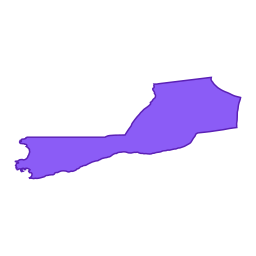 Sveitarfélagið Skagaströnd, Norðurland vestra, Iceland (Robinson projection)
{"feature_id": "244011B17586381133924", "entity_name": "Sveitarfélagið Skagaströnd", "entity_type": "district", "adm_level": 2, "iso_a3": "ISL", "parent_name": "Iceland", "parent_adm1": "Norðurland vestra", "projection": "robinson", "projection_center": [-20.221, 65.865], "detail": "fine", "context": "isolated", "style": "filled", "palette": "violet", "viewbox_px": 256, "rotation_deg": 0, "n_neighbors": 0, "source": "geoboundaries", "source_scale": "gbopen_adm2", "svg_char_len": 5576}
<svg xmlns="http://www.w3.org/2000/svg" viewBox="0 0 256 256"><path d="M211.3,77.4L210.1,77.5L202.0,78.5L183.8,80.7L159.0,83.7L156.6,84.1L155.8,84.1L154.0,84.1L154.1,84.3L154.1,84.9L154.0,85.2L153.8,86.0L154.2,86.6L154.2,86.9L154.2,87.1L154.1,87.4L153.9,87.7L152.9,88.4L152.9,88.6L152.8,89.0L152.8,89.4L152.9,89.7L153.0,90.0L154.1,91.6L154.5,92.3L154.5,92.9L154.4,93.4L154.5,93.6L155.3,94.6L155.4,95.0L155.5,95.7L155.4,96.4L155.4,96.9L155.2,97.5L154.9,97.9L153.9,98.7L153.2,99.4L152.7,100.0L152.6,100.3L152.4,100.7L152.1,101.0L151.0,102.1L150.5,102.3L150.4,102.5L150.3,102.9L150.6,103.4L150.6,103.9L150.5,104.1L149.6,105.1L147.8,106.6L143.9,109.4L142.2,111.2L140.7,112.6L139.5,114.2L137.2,116.7L134.8,119.7L132.5,122.9L131.8,124.1L131.4,125.4L131.0,126.1L130.0,127.5L128.8,129.1L127.2,131.5L125.0,135.0L114.4,135.2L111.6,135.4L110.0,135.5L108.1,135.8L106.6,136.4L105.9,136.7L105.1,137.2L27.1,137.2L27.0,137.3L26.7,137.5L26.3,137.6L25.9,137.8L25.9,138.2L25.6,138.5L25.2,138.6L24.5,138.9L24.2,139.0L23.7,139.0L23.1,139.2L22.7,139.1L21.9,139.2L21.7,139.4L21.6,139.7L21.0,140.1L20.3,140.4L20.5,140.6L21.3,141.0L21.3,141.3L20.9,141.6L20.4,141.7L19.7,141.7L19.6,141.8L19.7,142.7L20.4,143.3L20.7,143.5L22.1,143.6L22.6,143.7L24.3,143.8L24.5,144.1L24.8,144.2L25.2,144.2L26.3,144.5L26.6,144.8L26.8,145.1L26.9,145.6L26.7,146.0L26.2,146.5L27.4,147.2L27.8,147.4L28.2,147.8L28.2,148.1L28.5,148.5L29.0,148.8L29.3,149.1L29.3,149.4L29.3,149.6L29.5,149.8L29.5,150.2L29.4,150.7L29.7,151.5L29.6,152.0L29.5,152.3L29.6,152.6L29.2,153.4L28.6,155.2L28.4,155.4L28.1,155.9L27.8,156.6L27.6,157.3L26.9,158.2L26.0,159.0L24.9,159.6L24.1,159.8L23.5,159.9L22.1,159.5L20.0,159.7L19.4,159.9L19.2,160.1L19.0,160.3L18.7,160.5L18.4,160.5L18.1,160.8L17.5,161.1L17.2,161.3L16.9,161.2L16.6,161.1L16.0,161.2L15.6,161.2L15.4,161.3L15.4,161.6L15.7,161.7L16.8,162.0L17.9,162.3L18.1,162.4L18.4,162.6L18.4,163.0L16.6,163.5L16.4,163.8L16.2,164.5L16.1,164.8L16.1,165.1L15.6,165.4L15.7,165.6L16.0,165.8L16.0,166.0L16.2,166.5L16.0,167.1L16.7,167.4L16.6,167.6L16.3,167.7L16.2,168.0L16.6,168.3L16.6,168.5L16.5,168.8L16.8,169.0L17.0,169.2L17.2,169.4L17.3,169.7L17.6,169.6L18.0,169.6L18.2,169.4L18.3,169.2L19.8,168.8L20.1,168.8L20.7,169.0L20.7,169.9L21.0,170.3L20.9,170.4L20.8,170.5L21.1,171.1L21.8,172.1L21.5,171.0L22.4,171.4L22.8,171.4L23.0,171.3L21.6,170.7L22.6,170.7L21.6,170.4L21.5,169.9L22.1,169.9L22.0,169.2L21.9,169.2L21.9,168.6L22.7,168.6L23.0,168.5L23.0,168.3L23.3,168.3L24.1,168.5L24.4,168.6L24.0,170.1L24.4,169.6L25.6,169.6L25.6,169.4L25.4,169.4L25.6,168.7L25.6,168.4L25.8,168.3L27.0,168.3L27.4,168.4L28.4,168.7L29.6,169.4L30.0,169.8L29.8,170.0L29.3,170.0L29.3,170.4L29.3,170.6L29.0,170.9L28.6,171.1L28.7,171.3L28.8,171.5L29.3,172.0L29.5,172.6L30.2,172.7L30.5,172.7L30.8,172.6L31.3,172.8L31.9,173.5L32.0,174.0L31.9,175.2L31.5,176.3L30.8,177.0L30.3,177.6L29.9,177.6L29.4,177.8L29.7,178.3L30.4,178.2L31.5,178.2L33.2,178.5L33.7,178.6L34.1,178.5L35.1,178.3L35.9,178.3L36.5,178.4L37.2,178.4L38.7,178.2L40.2,177.9L43.7,176.9L44.6,176.6L44.8,176.4L45.9,175.6L46.3,175.5L47.7,175.4L49.1,175.1L49.3,175.0L50.0,174.9L50.5,174.9L50.8,174.8L52.2,174.8L53.2,174.7L53.6,174.5L54.1,174.2L54.5,173.8L54.7,173.4L55.0,172.9L55.5,172.7L56.0,172.6L56.6,172.5L57.1,172.6L57.6,172.5L58.1,172.3L58.5,172.0L59.6,171.6L60.2,171.3L61.3,171.0L62.1,170.9L63.5,170.8L64.0,170.9L64.9,170.9L66.0,171.1L66.6,171.3L67.5,171.7L68.1,171.9L69.0,171.9L69.8,171.7L70.9,171.2L71.2,171.1L71.4,171.2L71.6,171.3L72.0,171.3L72.5,171.3L73.4,171.1L74.2,170.8L75.4,170.3L76.5,169.6L76.8,169.1L77.2,168.9L77.9,168.8L78.5,168.5L79.0,168.2L79.6,167.7L80.1,167.1L80.5,166.8L81.0,166.6L82.0,166.4L82.4,166.2L82.9,165.8L83.3,165.7L84.1,165.5L85.0,165.4L85.7,165.3L87.0,164.6L87.5,164.3L88.6,163.7L90.8,162.7L91.1,162.5L92.5,161.9L94.6,161.3L95.5,161.0L96.2,160.9L97.7,160.7L98.3,160.5L98.5,160.3L99.1,160.0L99.3,159.8L100.3,159.5L100.9,159.1L101.8,158.6L103.6,158.1L105.4,157.7L106.9,157.5L107.9,157.1L109.5,156.8L110.4,156.4L110.8,156.1L112.1,155.1L113.1,154.4L114.3,153.8L114.6,153.6L115.3,153.5L116.7,153.4L116.9,153.3L117.2,152.9L117.7,152.6L117.8,152.6L119.9,152.2L120.9,152.2L122.8,151.9L123.4,151.8L124.3,151.9L124.8,151.8L126.5,152.2L128.3,152.8L129.0,152.9L129.5,152.9L130.6,153.0L131.2,153.0L132.0,152.8L133.8,152.4L134.8,152.3L135.8,152.4L137.0,152.2L137.8,152.2L138.8,152.8L140.4,153.3L141.0,153.4L142.7,153.4L143.8,153.7L144.4,153.7L146.1,153.6L147.1,153.8L148.6,153.9L149.3,154.0L151.1,153.9L152.1,153.5L152.7,153.3L154.1,153.2L155.3,152.8L156.4,152.5L157.7,152.3L159.3,152.1L160.8,151.8L162.3,151.1L163.0,150.9L163.6,150.8L166.1,150.6L166.9,150.3L167.7,150.1L169.2,150.1L169.9,150.1L170.5,149.9L173.0,149.3L174.4,149.0L175.4,149.0L176.6,148.7L177.4,148.3L178.1,148.1L178.8,147.9L179.9,147.9L182.5,147.0L184.2,146.4L185.2,145.9L189.5,143.5L190.1,143.1L190.7,142.5L191.0,142.1L191.4,141.5L193.4,138.2L194.8,136.4L195.1,135.9L195.3,135.5L195.3,135.2L195.8,134.4L196.0,134.0L196.4,133.7L196.7,133.5L197.4,133.1L198.1,132.9L198.8,132.8L204.6,132.2L209.9,131.6L219.5,130.2L223.1,129.7L229.4,128.5L233.6,127.9L236.8,127.5L236.7,127.0L236.7,125.3L236.6,123.7L236.7,123.1L236.8,122.1L237.0,121.0L237.1,119.8L237.2,117.1L237.3,112.4L237.5,111.1L237.7,110.5L238.0,108.9L238.1,108.0L238.2,106.9L238.5,104.9L239.1,102.6L239.5,101.5L239.9,100.3L240.2,99.3L240.6,97.5L240.3,97.4L236.6,96.5L234.8,96.0L233.7,95.6L231.1,94.4L230.0,93.8L227.6,92.7L225.2,91.8L222.8,90.7L221.1,89.8L219.2,88.6L217.7,87.6L214.5,84.6L213.8,83.8L213.3,83.2L212.8,82.3L212.0,81.4L211.5,80.6L211.2,79.9L211.0,79.3L211.1,78.4L211.3,77.4Z" fill="#8b5cf6" stroke="#5b21b6" stroke-width="1.5"/></svg>